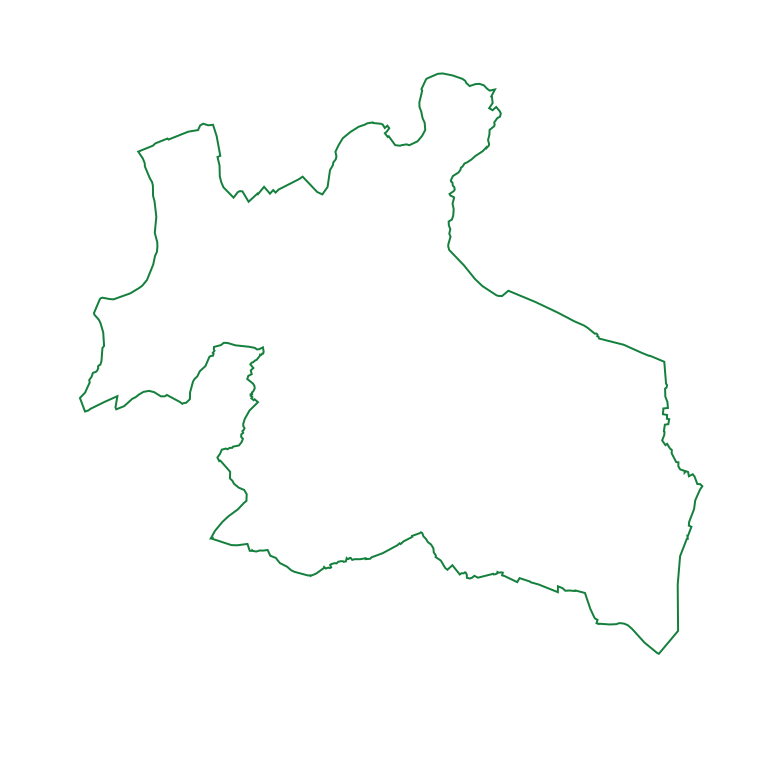 Oude IJsselstreek, Gelderland, Netherlands, rotated 83°
{"feature_id": "6326949B61856453224086", "entity_name": "Oude IJsselstreek", "entity_type": "district", "adm_level": 2, "iso_a3": "NLD", "parent_name": "Netherlands", "parent_adm1": "Gelderland", "projection": "orthographic", "projection_center": [6.392, 51.903], "detail": "fine", "context": "isolated", "style": "outline", "palette": "green", "viewbox_px": 768, "rotation_deg": 83, "n_neighbors": 0, "source": "geoboundaries", "source_scale": "gbopen_adm2", "svg_char_len": 6134}
<svg xmlns="http://www.w3.org/2000/svg" viewBox="0 0 768 768"><g transform="rotate(83 384 384)"><path d="M685.3,144.1L664.9,122.2L618.7,116.9L591.0,111.1L574.6,102.3L574.6,101.3L571.9,101.4L572.1,101.0L563.2,96.3L561.7,98.7L558.0,97.9L546.0,91.5L537.5,89.3L527.4,83.3L524.2,80.5L522.0,82.3L521.4,85.2L513.5,87.1L511.2,88.6L512.7,92.6L508.4,92.9L507.4,94.9L508.6,96.4L506.9,96.1L505.3,99.7L504.3,100.8L501.4,101.9L497.6,101.3L497.1,103.5L487.9,106.9L484.5,106.4L483.0,107.9L477.9,110.3L479.0,112.1L473.9,114.8L468.9,112.1L465.7,111.4L465.1,112.0L458.6,110.2L458.5,106.7L453.7,105.2L453.0,107.4L449.2,106.8L448.0,110.8L442.3,109.7L442.4,105.1L436.4,104.9L430.9,106.3L422.9,105.6L422.0,104.0L419.6,103.2L417.9,104.0L396.1,103.1L388.3,116.7L388.5,117.2L384.3,124.7L374.3,141.2L365.1,165.0L363.2,165.4L362.6,166.5L361.3,166.0L360.4,166.5L359.7,167.3L359.7,168.7L353.1,175.0L350.3,178.4L344.8,187.7L334.6,202.4L320.9,224.0L306.6,249.2L311.1,256.1L310.5,259.7L309.7,261.5L298.9,274.3L290.9,280.9L276.1,290.1L259.0,302.9L255.4,303.5L253.1,303.1L245.9,300.0L242.8,300.9L238.3,299.3L234.5,300.3L230.6,300.0L229.1,296.6L225.4,294.8L218.9,293.5L213.4,294.0L207.9,291.8L207.1,291.9L205.0,295.1L203.4,295.8L201.0,291.2L199.7,290.1L197.0,290.3L195.6,291.5L192.2,291.6L191.5,292.6L190.2,292.9L186.0,290.3L183.1,284.2L180.7,282.0L178.7,281.3L177.6,279.4L175.0,277.3L174.1,274.4L171.9,270.0L168.8,265.4L164.9,257.6L161.6,253.6L162.3,253.5L160.3,251.0L158.6,250.4L154.6,251.0L149.3,249.0L144.6,248.2L141.6,243.3L140.2,242.6L137.8,242.7L133.9,239.1L132.8,236.3L129.7,235.1L127.3,235.9L122.7,238.9L125.5,242.8L123.1,246.0L118.3,241.9L112.0,241.9L111.7,242.5L105.2,238.0L105.7,243.3L103.5,245.7L99.7,248.5L97.7,252.8L97.5,256.6L98.7,262.7L95.3,265.6L92.9,266.5L90.7,269.0L86.1,278.3L82.9,288.0L82.7,292.9L86.0,304.0L86.8,305.2L95.9,310.9L97.4,310.3L108.9,314.6L113.4,315.0L118.3,313.8L125.0,313.3L129.6,311.8L136.9,312.1L142.3,315.9L147.2,321.1L150.1,329.8L148.9,332.4L149.1,337.6L149.5,338.9L148.3,343.8L138.7,349.1L139.3,350.2L135.2,352.6L134.0,350.6L130.7,347.6L128.0,349.2L130.0,352.0L126.3,353.7L125.3,355.5L123.6,363.1L123.0,363.3L123.2,368.8L124.2,371.3L125.6,377.8L129.8,386.7L135.0,394.9L141.3,399.9L147.6,403.9L152.5,403.5L155.1,404.5L157.9,407.3L160.8,408.2L165.1,411.5L181.6,416.0L188.3,422.1L185.3,426.9L168.3,439.5L170.4,443.6L178.1,464.8L180.8,468.3L178.0,470.3L181.2,474.0L173.7,479.0L180.2,485.9L179.5,486.3L186.6,496.2L175.6,501.0L175.0,503.5L175.7,505.7L180.7,510.6L169.2,519.4L163.9,520.9L157.9,521.7L147.3,520.6L138.4,521.6L137.6,518.7L117.6,519.9L105.9,522.1L105.8,526.9L103.6,531.8L105.0,535.0L109.3,537.6L109.7,547.5L115.1,568.1L114.0,569.0L117.3,581.6L119.3,584.3L123.4,599.6L130.8,595.9L135.6,594.6L139.0,594.8L151.4,591.3L155.3,589.6L158.9,589.2L169.0,590.3L174.7,589.5L190.3,589.6L206.0,593.1L215.4,591.8L219.8,592.1L225.2,593.3L229.1,595.7L237.3,598.5L251.9,606.6L257.0,612.0L259.0,615.6L263.1,624.8L267.0,642.1L266.3,645.8L264.0,653.0L264.3,654.6L265.2,655.7L278.4,663.3L280.1,662.9L285.3,659.3L288.8,658.0L298.7,656.4L312.1,657.2L314.0,659.1L326.7,661.6L330.3,663.2L330.6,664.4L331.7,665.7L333.6,665.7L335.9,667.2L336.9,668.6L337.4,671.4L337.9,671.8L341.1,673.3L344.2,676.1L346.6,675.9L356.2,681.8L360.8,687.5L374.9,684.1L374.1,680.3L373.0,678.7L367.6,663.2L363.6,650.1L374.6,653.4L376.5,652.8L374.3,644.6L368.0,635.6L366.8,632.1L364.7,628.7L362.5,623.7L362.2,618.0L364.1,613.1L369.1,606.9L369.5,602.9L368.4,600.9L377.0,588.7L379.1,586.6L378.6,585.6L378.5,582.6L375.4,578.5L368.7,577.5L358.4,573.3L356.2,571.7L353.6,568.3L348.9,565.3L344.4,559.0L335.9,554.1L335.2,552.9L335.0,550.2L333.2,549.5L332.3,550.2L330.4,548.2L329.0,548.7L326.5,548.2L325.5,541.1L323.6,538.0L324.2,534.3L327.5,526.8L330.7,513.0L332.5,507.6L334.1,506.1L334.3,503.8L332.9,499.7L337.4,499.5L339.1,500.3L339.0,501.2L340.1,502.2L339.7,503.4L341.1,503.9L344.5,507.5L345.0,509.2L346.4,511.1L346.7,512.7L348.2,514.3L352.2,511.7L354.3,514.6L358.1,514.1L359.4,517.7L362.4,519.1L367.7,513.9L370.4,512.8L372.7,512.9L375.5,514.8L376.3,516.1L378.1,516.1L377.9,517.6L379.3,517.9L380.8,516.3L382.0,517.4L384.1,515.4L383.4,514.3L386.7,511.3L394.0,520.8L401.8,526.5L406.5,528.6L408.9,528.8L410.8,527.8L412.3,528.6L413.5,530.3L415.3,529.7L416.6,531.8L419.1,532.2L421.1,530.7L424.2,532.3L427.3,535.4L427.8,541.6L428.9,542.5L428.6,544.9L429.7,547.4L428.8,548.8L429.4,553.0L433.4,555.3L436.6,558.3L440.5,556.9L440.1,555.9L441.2,555.0L452.4,547.4L459.0,548.4L461.7,546.2L464.7,545.1L469.2,540.8L472.1,535.7L476.6,533.7L483.3,534.8L484.8,537.3L490.6,544.3L496.3,554.5L501.1,561.1L509.2,569.7L516.1,574.7L516.0,573.2L516.6,573.6L525.3,555.1L526.2,549.4L526.1,539.0L533.2,537.6L533.6,535.2L533.0,535.0L533.7,534.4L534.7,531.3L534.1,527.3L534.6,524.8L534.6,519.7L540.6,517.8L543.4,512.6L549.0,509.2L553.6,502.4L557.7,498.7L559.6,495.6L564.8,482.7L565.0,479.9L565.4,480.0L564.1,475.0L562.7,472.2L559.5,466.4L558.3,465.7L560.0,464.4L559.5,461.6L560.1,460.2L559.6,458.8L557.0,459.5L556.3,458.2L555.8,454.7L556.3,452.9L554.9,451.2L554.6,448.4L555.0,446.2L555.6,445.8L555.4,443.4L552.3,442.3L553.3,441.5L553.4,440.5L552.6,439.6L552.5,438.3L554.7,437.0L554.3,434.5L555.0,429.2L554.7,423.4L555.6,423.5L555.8,419.1L554.5,417.4L551.7,405.7L545.7,390.4L544.0,387.9L544.9,387.0L542.6,383.8L539.2,374.6L538.2,374.7L536.4,366.6L535.7,365.4L536.7,364.2L540.1,363.4L542.6,361.4L546.4,359.6L549.0,356.9L551.5,355.7L553.4,355.0L557.3,355.1L560.6,353.4L562.0,353.9L566.2,349.1L574.0,345.7L576.1,343.7L572.2,338.2L582.3,332.0L581.3,330.2L581.6,327.9L580.8,326.6L581.1,325.9L583.1,325.1L586.5,325.3L587.5,322.5L587.1,320.4L585.4,317.7L587.7,314.3L585.7,298.7L586.3,298.5L586.4,297.0L585.9,294.9L584.4,294.3L585.3,293.0L585.2,290.7L585.7,289.1L588.3,290.1L589.4,287.6L596.9,275.9L593.2,273.1L597.9,263.1L598.6,262.7L601.7,255.2L611.8,236.8L606.0,236.0L608.4,231.7L611.3,229.2L611.6,224.9L612.7,219.9L612.7,219.2L612.3,219.1L615.9,210.0L632.4,206.6L641.3,203.7L642.6,203.0L644.1,200.8L647.3,202.2L648.4,200.2L648.1,200.0L650.2,189.1L650.7,182.5L650.2,180.9L650.1,178.8L651.1,174.9L653.1,171.4L657.2,167.7L672.5,156.9L683.8,146.1L685.3,144.1Z" fill="none" stroke="#15803d" stroke-width="2"/></g></svg>